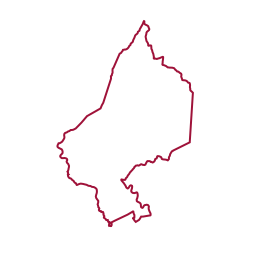 Saba, Colón, Honduras, rotated 243°
{"feature_id": "27666195B48928402740143", "entity_name": "Saba", "entity_type": "district", "adm_level": 2, "iso_a3": "HND", "parent_name": "Honduras", "parent_adm1": "Colón", "projection": "mercator", "projection_center": [-86.187, 15.48], "detail": "fine", "context": "isolated", "style": "outline", "palette": "rose", "viewbox_px": 256, "rotation_deg": 243, "n_neighbors": 0, "source": "geoboundaries", "source_scale": "gbopen_adm2", "svg_char_len": 5679}
<svg xmlns="http://www.w3.org/2000/svg" viewBox="0 0 256 256"><g transform="rotate(243 128 128)"><path d="M145.9,59.2L144.7,57.6L143.9,56.9L143.2,56.7L142.7,56.8L141.8,57.2L139.1,59.2L137.9,59.3L136.9,59.1L135.9,58.6L135.4,58.3L135.0,57.5L134.5,55.9L134.2,55.4L134.0,55.1L133.7,54.8L132.9,54.7L132.5,54.7L131.5,55.2L131.2,55.4L130.6,56.5L130.1,57.8L129.6,58.4L129.1,59.0L128.3,59.5L127.5,59.5L127.1,59.3L126.6,58.9L126.2,58.2L125.6,58.0L124.8,57.9L123.2,58.4L121.4,58.3L120.9,58.2L119.7,57.4L118.8,56.6L117.8,55.9L117.4,55.4L116.9,54.9L116.6,54.3L115.8,54.5L115.3,54.0L114.9,54.0L114.4,53.8L113.6,54.0L113.6,53.8L113.8,53.5L113.7,53.2L113.2,53.1L112.5,52.8L111.8,52.7L110.9,52.8L110.1,53.0L109.8,53.2L109.2,54.0L108.8,54.2L108.1,54.5L107.3,54.6L105.6,55.5L104.0,55.6L103.2,55.9L102.4,56.5L100.9,56.4L100.5,56.5L100.4,56.7L100.3,58.7L100.0,60.4L99.8,60.8L98.6,62.5L96.1,65.4L94.9,66.2L94.2,66.9L93.4,68.2L91.9,69.2L90.9,70.7L89.5,71.7L88.2,72.2L87.7,72.2L87.0,72.1L85.2,71.3L84.1,70.5L83.0,69.4L81.9,68.5L81.5,68.2L79.9,67.9L77.3,68.3L76.5,68.4L75.9,68.0L75.6,67.9L75.1,67.6L73.8,66.3L73.0,66.2L72.2,66.0L71.5,65.9L70.8,65.6L70.0,65.9L69.3,65.9L68.3,64.9L68.0,64.8L67.5,64.8L66.9,65.1L66.6,65.4L66.4,66.0L66.2,66.2L65.8,66.2L65.6,66.0L65.4,66.0L64.7,66.8L64.7,67.4L64.4,67.6L64.1,67.6L62.4,67.2L62.2,66.9L61.8,66.8L61.5,66.8L61.1,66.7L60.5,66.9L60.2,66.9L59.9,66.6L59.5,66.0L59.0,65.8L57.2,66.8L56.5,66.7L55.8,66.9L55.6,67.2L55.2,68.2L53.7,67.8L53.1,67.9L52.9,68.0L52.8,68.6L52.2,68.6L52.0,68.8L52.0,69.1L51.9,69.2L51.7,69.1L51.5,68.9L51.4,68.5L51.4,68.1L51.2,67.7L50.6,67.4L50.1,66.9L49.3,66.8L49.2,67.2L49.4,67.4L49.4,67.6L49.2,67.7L48.7,67.8L48.5,68.0L48.3,68.5L48.5,68.8L48.9,69.3L49.9,69.9L50.3,70.0L51.4,70.0L51.4,74.5L51.0,88.3L51.4,94.6L51.1,94.8L50.8,94.7L49.2,94.2L47.6,94.2L45.8,93.3L45.2,92.9L45.5,92.1L45.5,91.9L45.4,91.6L45.1,91.4L44.5,91.7L42.6,91.8L40.8,92.3L41.1,96.1L41.7,97.3L43.1,99.5L42.2,101.3L40.0,108.3L40.1,108.5L40.7,108.9L41.4,109.2L42.3,109.3L43.9,109.3L46.2,109.6L47.4,110.1L48.4,110.9L49.1,111.0L49.9,110.9L50.4,110.7L51.1,109.9L51.6,108.2L51.7,107.7L51.5,106.9L50.6,105.6L50.3,104.9L50.3,104.6L50.5,104.4L50.8,104.1L51.2,103.9L51.8,103.8L54.4,104.8L55.2,104.8L55.8,104.6L56.4,104.3L57.4,103.5L58.1,103.0L58.6,102.8L58.9,102.7L60.3,103.2L60.7,103.6L61.0,104.1L61.7,104.7L63.1,105.9L64.8,106.6L65.7,106.8L66.3,106.8L66.6,106.6L66.8,106.3L66.9,104.9L67.2,103.9L68.0,102.8L68.7,102.4L69.3,102.2L69.7,102.1L70.5,102.3L71.1,102.8L72.3,104.0L73.2,104.7L74.1,105.2L74.7,105.3L75.3,104.9L75.7,104.3L75.7,104.0L75.6,103.3L74.5,101.5L74.3,100.9L74.2,100.4L74.4,100.1L75.5,99.6L75.8,99.5L78.2,99.6L79.0,99.4L80.4,99.3L84.2,98.4L84.6,98.4L85.0,98.6L85.1,98.8L85.0,99.0L83.7,100.7L83.4,101.3L83.2,101.7L83.2,102.1L83.4,102.5L83.8,102.8L84.2,103.2L84.5,104.4L84.8,105.1L85.7,106.2L86.6,108.3L87.6,109.7L87.9,110.9L88.2,111.4L88.6,112.8L89.0,113.4L89.5,115.0L90.4,116.1L90.4,116.8L90.9,117.7L90.4,119.6L89.7,120.3L89.6,120.5L89.6,121.5L89.8,122.8L89.7,123.3L89.4,123.7L88.6,124.3L88.4,124.6L87.7,125.5L87.5,126.0L87.5,126.9L88.4,128.0L88.8,128.7L89.5,129.6L89.6,130.0L89.6,130.5L88.6,132.3L88.2,132.6L87.5,132.8L87.1,133.6L86.2,134.1L86.0,134.8L86.2,136.0L86.7,137.0L86.9,137.2L87.8,138.0L88.0,138.3L87.9,139.4L87.9,139.7L88.2,140.0L88.6,140.4L89.4,141.1L89.5,141.4L89.5,141.6L89.1,142.3L88.6,143.0L87.3,144.1L86.9,144.2L86.5,144.3L85.3,144.1L84.9,144.2L84.2,144.9L82.6,147.4L81.8,148.2L81.2,148.6L81.1,148.8L81.8,150.4L82.9,150.9L83.5,151.4L84.3,152.7L85.1,153.3L85.7,153.9L87.3,156.5L87.2,157.4L87.4,157.8L87.2,176.5L129.9,201.8L131.0,201.5L132.5,200.9L133.5,200.7L134.0,200.9L134.5,201.2L135.1,201.4L136.3,201.7L137.7,202.6L138.9,203.1L139.9,203.3L140.4,203.1L140.9,202.4L141.3,202.1L142.6,201.9L143.6,201.4L144.6,200.4L145.7,198.6L146.1,198.2L147.7,198.5L149.5,198.7L149.9,198.9L151.1,199.8L152.3,200.0L152.9,199.6L153.8,199.1L155.1,198.6L155.5,198.3L155.9,197.6L156.2,197.4L157.5,197.1L158.4,196.6L160.1,196.3L160.5,196.1L161.8,194.6L162.9,192.5L163.8,191.3L164.0,190.9L166.0,190.0L167.7,188.5L168.4,187.6L168.7,187.5L169.3,187.6L170.1,188.4L170.9,188.7L172.1,189.5L173.5,190.5L175.0,191.4L175.3,191.5L175.6,191.3L175.8,190.1L175.9,187.8L176.2,186.6L176.4,185.2L176.6,184.8L177.5,183.8L177.8,182.9L178.0,182.7L178.3,182.6L178.7,182.7L179.2,183.2L179.5,183.3L182.6,184.2L184.5,184.3L186.4,184.8L187.9,184.8L189.5,185.5L190.7,186.0L191.1,185.9L191.3,185.6L191.6,185.1L191.8,183.9L192.0,183.7L192.3,183.5L192.6,183.6L193.0,183.8L193.4,184.0L194.4,184.2L195.3,184.2L196.8,184.0L197.2,184.0L199.4,184.6L200.6,184.9L201.6,185.3L203.2,186.8L204.6,187.8L205.1,188.6L205.7,191.1L206.1,191.6L206.5,191.9L208.1,192.0L209.3,192.2L209.6,192.2L210.6,191.7L212.3,190.4L212.7,190.2L213.4,190.0L214.0,190.1L215.4,190.9L215.7,191.0L215.9,190.9L216.0,190.8L215.6,190.1L214.0,188.4L210.7,183.4L210.4,183.1L209.5,182.4L209.2,180.5L208.2,179.7L208.0,179.4L207.8,178.8L207.5,177.2L207.2,176.5L206.9,176.1L205.7,174.9L203.9,172.5L203.3,172.0L202.7,171.5L202.4,170.8L202.2,169.8L202.0,169.2L201.9,168.7L201.6,168.4L201.0,168.0L200.8,167.7L200.6,166.5L199.7,165.3L199.1,163.9L198.9,162.8L199.0,161.5L199.4,160.8L199.5,160.2L199.9,159.0L199.1,158.1L198.7,157.0L198.1,156.1L198.0,155.1L198.0,154.3L188.3,142.5L187.6,141.1L186.1,140.2L184.9,139.7L184.1,139.2L183.2,138.1L182.2,137.4L182.0,136.6L181.9,136.3L179.7,135.3L161.7,117.4L160.2,115.1L157.9,112.4L157.2,96.9L153.9,88.9L151.3,81.2L151.3,78.4L151.7,77.1L152.1,76.3L152.2,76.0L151.9,74.3L152.1,73.2L152.1,72.7L151.9,71.7L152.0,70.6L152.1,70.2L152.1,69.6L151.7,68.7L151.1,68.2L150.5,67.8L148.7,67.2L148.1,66.8L147.6,66.3L146.3,64.2L145.7,63.0L145.5,61.5L145.5,60.0L145.9,59.2Z" fill="none" stroke="#9f1239" stroke-width="2"/></g></svg>